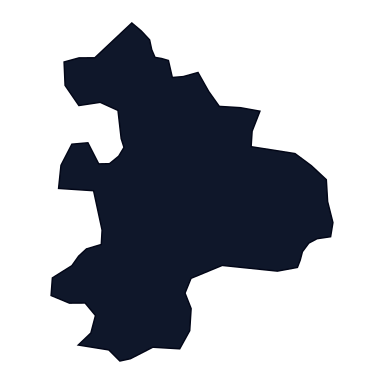 Sîngerei, Natural Earth projection
{"feature_id": "MDA-1622", "entity_name": "Sîngerei", "entity_type": "District", "adm_level": 1, "iso_a3": "MDA", "parent_name": "Moldova", "parent_adm1": "", "projection": "natural_earth1", "projection_center": [28.121, 47.671], "detail": "fine", "context": "isolated", "style": "filled", "palette": "ink", "viewbox_px": 384, "rotation_deg": 0, "n_neighbors": 0, "source": "natural_earth", "source_scale": "10m", "svg_char_len": 910}
<svg xmlns="http://www.w3.org/2000/svg" viewBox="0 0 384 384"><path d="M64.1,62.0L79.0,57.9L94.8,57.8L131.8,23.0L141.3,31.0L149.6,39.9L151.7,49.7L155.0,57.4L161.5,58.5L168.4,60.5L172.3,77.5L183.3,76.6L198.0,72.5L208.7,91.5L219.3,106.4L240.5,107.7L259.9,111.2L252.1,131.2L251.1,146.7L295.0,153.6L311.3,165.7L326.3,179.7L327.6,201.6L332.9,222.6L330.6,236.7L317.0,238.7L308.8,243.1L302.4,251.7L300.2,260.1L297.4,267.4L277.4,271.1L222.2,265.4L191.0,278.3L185.0,293.1L191.1,308.6L189.7,330.7L179.7,348.8L152.8,347.2L130.4,358.7L119.9,361.0L108.8,349.9L78.3,345.0L90.9,333.0L95.5,315.5L85.1,303.0L69.4,303.1L51.1,295.5L52.4,277.9L71.9,265.7L78.7,256.1L86.5,248.9L101.3,244.5L102.1,230.1L93.6,190.7L58.6,188.4L61.0,165.3L71.9,144.2L87.9,142.8L98.7,163.9L109.5,163.7L118.7,156.2L124.0,147.4L121.2,138.6L118.0,110.4L100.2,102.3L78.9,105.5L65.1,85.4L64.1,62.0Z" fill="#0f172a" stroke="#020617" stroke-width="1.5"/></svg>